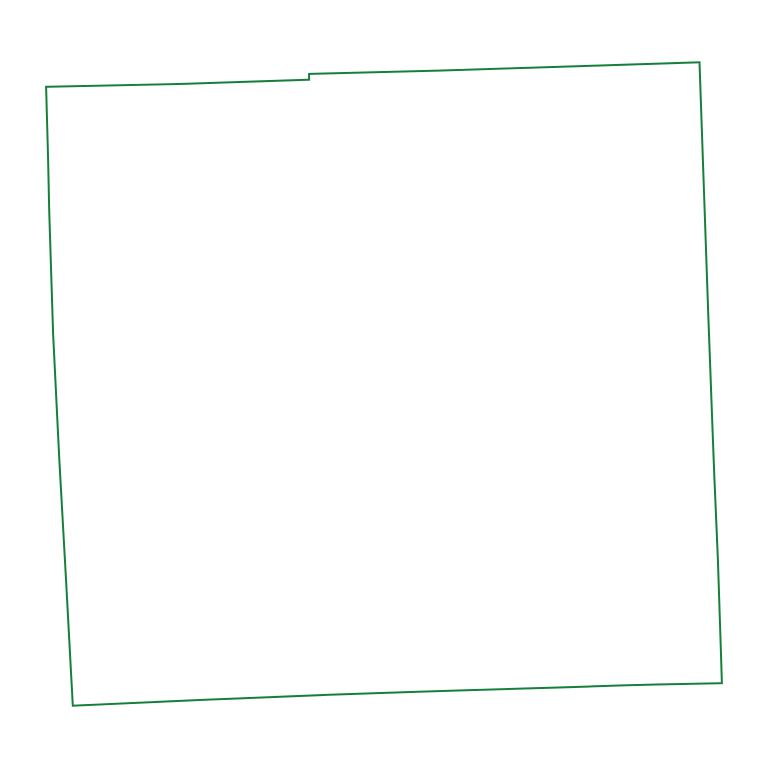 Oakland, Michigan, United States of America
{"feature_id": "52423323B71844915805023", "entity_name": "Oakland", "entity_type": "district", "adm_level": 2, "iso_a3": "USA", "parent_name": "United States of America", "parent_adm1": "Michigan", "projection": "natural_earth1", "projection_center": [-83.368, 42.66], "detail": "fine", "context": "isolated", "style": "outline", "palette": "green", "viewbox_px": 768, "rotation_deg": 0, "n_neighbors": 0, "source": "geoboundaries", "source_scale": "gbopen_adm2", "svg_char_len": 473}
<svg xmlns="http://www.w3.org/2000/svg" viewBox="0 0 768 768"><path d="M49.2,210.5L53.1,333.8L59.3,459.4L66.1,581.2L72.8,705.7L198.8,700.0L330.8,694.7L395.8,692.5L404.3,692.2L461.3,690.4L587.8,686.6L591.2,686.4L612.9,685.7L628.6,685.2L645.3,684.8L656.4,684.5L721.9,683.2L720.6,642.1L717.9,559.9L714.4,478.0L712.7,434.1L708.1,310.0L699.5,62.3L439.1,70.6L309.1,73.9L309.1,79.7L177.9,84.0L46.1,86.8L48.1,159.4L49.2,210.5Z" fill="none" stroke="#15803d" stroke-width="2"/></svg>